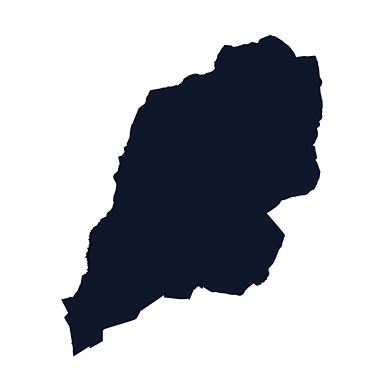 outline of Ciumani, Harghita, Romania, rotated 170°
{"feature_id": "2599482B61629303727972", "entity_name": "Ciumani", "entity_type": "district", "adm_level": 2, "iso_a3": "ROU", "parent_name": "Romania", "parent_adm1": "Harghita", "projection": "orthographic", "projection_center": [25.481, 46.64], "detail": "fine", "context": "isolated", "style": "filled", "palette": "ink", "viewbox_px": 384, "rotation_deg": 170, "n_neighbors": 0, "source": "geoboundaries", "source_scale": "gbopen_adm2", "svg_char_len": 5989}
<svg xmlns="http://www.w3.org/2000/svg" viewBox="0 0 384 384"><g transform="rotate(170 192 192)"><path d="M101.2,326.2L105.6,328.1L107.7,328.5L109.4,327.6L111.5,327.3L112.9,327.3L115.5,328.0L117.0,327.4L118.2,327.1L119.0,327.4L120.8,326.9L126.0,326.8L126.9,327.3L128.1,328.8L131.3,329.5L132.7,330.2L133.5,330.0L134.3,330.4L135.5,329.0L136.8,328.2L140.8,323.6L142.3,322.5L143.0,320.6L142.9,320.3L144.5,317.8L145.5,316.4L146.9,315.8L146.9,314.5L147.4,312.7L147.4,311.2L147.1,310.3L147.3,309.2L148.4,308.3L150.9,306.8L152.3,306.3L155.7,305.9L157.2,306.0L159.0,304.9L164.1,305.4L166.6,306.9L169.2,307.4L174.5,306.6L180.1,304.3L180.7,303.0L182.6,301.2L187.4,298.6L189.1,299.3L193.1,298.7L197.5,299.2L199.4,298.7L203.2,299.1L204.4,298.7L214.7,298.7L215.6,298.3L217.1,296.2L217.6,294.9L218.9,293.9L220.1,292.4L221.0,289.2L221.9,287.7L223.1,286.4L229.3,283.3L238.4,268.9L239.3,268.3L241.2,264.0L241.3,262.4L241.9,262.2L242.9,257.8L243.7,255.3L244.2,255.2L245.4,253.3L245.5,252.8L246.9,251.4L247.3,250.3L247.1,249.3L247.4,248.7L248.3,248.1L250.0,247.7L250.8,247.0L250.9,245.6L250.6,243.6L251.5,241.7L253.3,240.6L254.8,239.1L255.7,238.8L256.5,239.2L257.9,238.8L257.6,234.5L257.7,233.7L257.5,232.1L258.3,230.8L258.7,230.6L259.3,229.3L260.1,227.3L260.2,226.5L261.0,225.0L265.4,222.1L266.3,220.6L265.7,217.6L264.6,214.4L264.5,212.7L265.1,210.0L266.5,206.1L267.1,205.3L268.3,202.6L268.8,202.3L269.7,200.4L269.9,198.5L270.4,197.9L270.3,197.0L270.5,196.7L270.1,196.0L270.2,194.8L270.9,193.1L271.4,192.9L272.3,190.6L273.1,189.3L273.6,189.2L274.0,188.2L274.4,188.2L276.2,186.8L278.8,185.6L279.1,184.5L280.8,181.3L281.2,181.3L282.3,181.8L283.8,180.9L284.4,181.1L285.4,180.7L285.6,180.4L286.1,180.3L286.0,180.0L286.6,179.9L287.4,177.9L287.8,177.6L288.7,177.9L289.1,177.5L289.2,176.8L291.6,174.6L293.3,174.3L293.7,173.7L294.6,173.9L295.4,173.0L295.5,172.7L295.3,172.5L295.7,171.9L296.7,171.9L297.0,171.2L297.4,171.2L297.2,170.8L297.6,170.5L297.4,170.2L298.1,169.7L298.2,170.0L298.5,169.8L298.6,169.5L298.4,169.2L298.9,169.2L298.8,168.6L299.0,168.5L298.6,168.2L299.3,167.9L299.4,167.5L299.2,167.4L299.5,167.4L299.9,167.1L299.7,166.8L299.7,166.2L300.0,166.1L299.7,165.9L300.0,165.4L299.8,164.5L300.2,164.5L300.8,163.8L301.0,162.9L301.3,162.9L300.9,162.2L301.2,161.4L300.9,161.1L300.6,159.7L301.1,158.7L301.3,159.0L301.4,158.5L301.2,158.5L301.4,157.4L300.8,157.5L300.6,157.2L301.3,156.6L301.9,156.8L301.6,156.3L301.9,155.7L302.1,155.7L302.0,155.4L302.4,155.6L302.7,155.2L302.3,155.1L302.5,154.7L303.8,154.6L303.5,154.1L303.8,154.0L303.4,153.6L303.6,153.2L303.4,153.2L303.6,153.1L303.3,152.6L303.9,152.6L304.0,151.8L304.3,151.7L304.7,150.6L304.8,150.7L305.1,150.1L305.7,150.1L305.7,149.6L306.2,149.6L306.3,149.1L305.9,149.0L306.0,148.7L305.6,148.3L305.9,147.7L305.4,147.7L305.5,147.3L306.4,147.6L306.6,147.0L306.3,146.9L306.8,146.6L306.4,146.6L306.4,146.2L306.6,146.4L306.9,146.0L306.5,145.3L306.5,144.6L306.2,144.7L306.4,144.0L305.8,143.5L305.9,142.7L306.2,142.6L305.4,142.2L305.6,141.7L306.1,141.7L306.4,141.3L306.0,141.0L306.0,140.6L306.3,140.2L305.6,139.8L305.8,139.5L305.6,139.3L305.7,139.0L306.2,138.8L306.5,139.0L306.4,138.7L306.6,138.5L306.4,138.5L306.2,138.0L306.7,137.4L306.3,137.0L306.7,136.9L306.8,136.6L306.3,136.1L306.3,135.6L307.0,135.0L306.8,134.7L307.1,134.6L307.2,133.7L307.5,133.8L307.8,133.7L307.4,133.5L307.6,133.0L307.3,132.7L307.8,132.2L307.7,131.4L308.3,130.9L308.9,130.8L309.2,130.3L309.6,130.3L309.9,129.3L312.4,129.0L313.0,128.4L313.0,128.0L314.3,128.2L317.3,119.6L317.8,119.7L320.5,115.5L320.2,115.0L323.9,112.1L326.2,109.5L327.8,108.3L328.8,108.3L329.8,109.1L334.0,108.3L334.4,108.5L338.5,108.2L333.8,93.5L335.5,93.1L338.8,90.6L337.8,87.1L335.3,80.6L335.6,64.3L336.3,63.8L335.5,61.4L335.9,56.9L336.3,56.5L336.6,51.7L319.0,59.0L318.9,56.8L306.4,61.2L304.5,71.7L301.8,73.0L271.4,76.8L269.0,77.7L264.5,83.3L265.5,84.0L265.8,85.0L264.4,84.6L262.9,84.7L240.8,94.6L236.5,96.8L237.1,93.6L222.1,89.2L216.9,88.4L213.8,88.4L213.3,87.5L207.2,97.0L206.2,96.3L204.2,98.5L203.4,98.1L202.2,99.8L199.0,95.9L198.7,96.0L198.0,97.6L197.6,97.6L190.9,91.6L189.0,90.3L186.7,90.3L185.1,89.9L182.3,88.6L176.8,87.1L170.3,84.4L167.0,84.1L163.6,82.4L162.7,82.2L161.1,82.5L159.8,83.2L158.6,84.2L157.7,85.9L153.2,89.0L148.8,91.3L147.3,92.5L144.3,89.2L141.3,89.5L141.5,90.4L140.8,90.7L140.3,90.3L140.3,91.0L139.6,91.3L139.6,92.0L138.6,91.9L138.4,91.4L137.7,91.8L137.7,91.4L137.4,91.2L137.1,91.5L137.2,91.9L136.1,92.1L135.3,93.6L134.0,93.4L133.9,94.1L134.1,94.3L133.8,94.8L133.9,95.3L132.6,95.7L132.1,96.7L131.7,96.6L131.6,96.9L132.2,97.3L132.1,97.6L130.9,97.8L130.8,98.7L131.1,102.2L130.5,103.4L129.2,104.8L126.2,107.0L124.6,108.6L120.8,114.0L118.0,118.8L118.2,119.0L117.3,119.4L117.5,120.6L117.1,120.7L117.3,121.0L116.8,121.1L116.4,121.6L115.9,121.4L115.9,121.8L114.8,122.6L114.4,122.6L114.4,123.0L114.2,122.9L113.4,123.7L112.6,126.4L110.6,129.6L110.8,130.0L110.4,130.8L108.9,132.8L108.9,133.9L110.2,136.4L115.3,145.3L123.3,158.6L118.4,160.3L112.1,163.3L108.4,165.8L106.1,168.3L104.9,169.1L103.9,168.9L101.6,169.0L94.3,170.5L91.9,170.2L85.9,170.5L81.9,170.1L78.9,170.5L75.9,172.9L74.1,173.6L71.6,174.0L68.0,178.8L67.1,181.0L64.7,183.9L62.8,189.7L64.5,199.6L65.3,200.7L65.7,203.0L64.0,203.6L63.6,204.6L63.7,208.5L64.0,211.1L63.6,214.2L63.7,215.0L64.3,215.6L65.7,215.6L66.0,216.1L65.3,217.8L62.8,219.8L62.2,221.2L59.2,225.2L58.4,228.8L58.4,230.1L58.8,232.4L58.4,233.3L56.4,235.0L55.3,235.4L54.8,237.8L56.0,238.5L56.0,239.2L52.0,242.1L51.6,242.9L51.2,244.1L51.4,245.9L50.4,248.6L50.5,249.4L50.3,250.8L49.3,252.8L49.1,254.1L48.4,259.5L48.8,262.0L48.6,264.1L48.9,267.5L48.3,273.3L47.7,274.1L46.2,275.4L45.5,278.0L45.2,278.5L46.9,283.2L46.2,291.4L46.1,292.7L46.4,293.8L46.5,295.1L46.1,298.2L46.9,300.1L47.0,303.0L47.5,304.2L55.1,304.8L57.8,305.6L60.6,305.9L61.8,305.6L62.8,306.0L62.8,305.7L63.3,305.6L64.8,305.7L66.5,306.1L67.0,306.9L67.4,309.6L68.6,312.6L71.7,318.4L75.9,322.8L76.9,324.3L81.8,328.8L83.5,330.2L86.4,331.3L87.8,332.3L98.1,330.1L101.2,326.2Z" fill="#0f172a" stroke="#020617" stroke-width="1.5"/></g></svg>